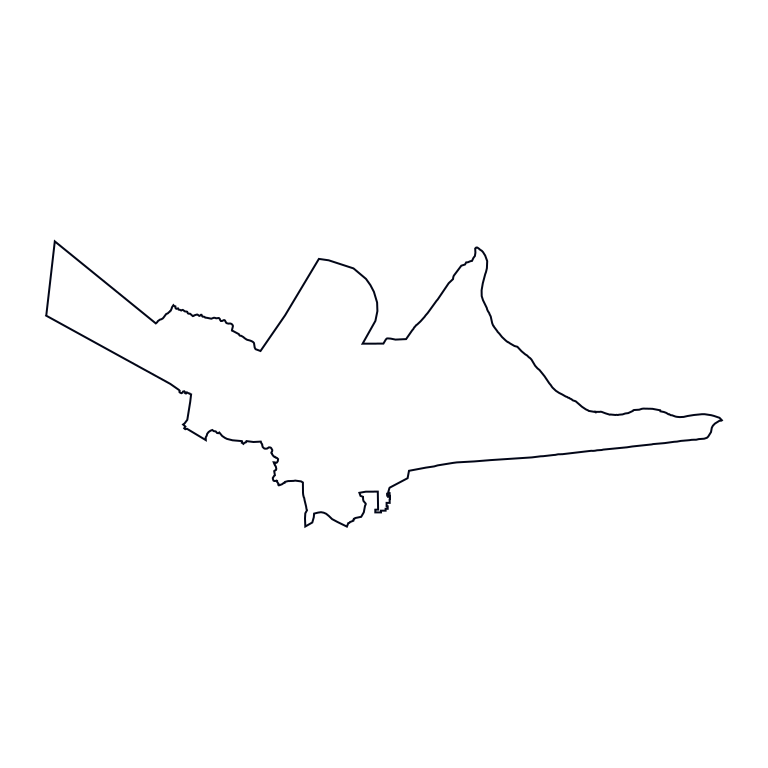 Siak, Riau, Indonesia (Mercator projection)
{"feature_id": "22746128B48036345674071", "entity_name": "Siak", "entity_type": "district", "adm_level": 2, "iso_a3": "IDN", "parent_name": "Indonesia", "parent_adm1": "Riau", "projection": "mercator", "projection_center": [101.837, 0.828], "detail": "fine", "context": "isolated", "style": "outline", "palette": "ink", "viewbox_px": 768, "rotation_deg": 0, "n_neighbors": 0, "source": "geoboundaries", "source_scale": "gbopen_adm2", "svg_char_len": 6123}
<svg xmlns="http://www.w3.org/2000/svg" viewBox="0 0 768 768"><path d="M54.8,241.4L46.3,315.2L46.1,315.6L170.3,383.9L178.9,389.9L179.7,390.8L179.4,391.9L179.9,392.5L181.3,393.2L182.6,392.6L182.9,391.7L183.1,391.5L184.3,391.3L185.2,392.4L185.1,393.1L185.5,393.4L186.1,393.4L186.3,392.7L186.5,392.4L187.0,392.4L188.5,393.3L189.7,393.5L190.2,394.2L191.1,394.4L190.2,401.9L187.3,419.8L184.6,423.4L183.1,424.5L185.4,426.6L184.2,428.3L185.3,429.2L187.0,428.8L205.8,440.1L205.7,437.4L206.7,435.7L207.2,433.8L208.6,432.0L210.5,430.7L212.3,430.0L213.7,431.1L215.7,431.4L217.1,433.0L218.3,433.2L219.3,432.5L222.2,436.0L225.0,437.9L227.0,438.9L232.6,440.3L241.9,441.1L242.1,441.5L241.8,442.7L242.3,442.9L243.4,443.9L244.4,442.8L245.8,442.4L246.2,442.0L246.2,441.4L246.5,441.1L253.5,442.0L260.8,441.6L261.3,443.1L262.2,444.4L262.2,445.1L262.7,447.0L264.0,448.3L265.0,448.7L266.9,448.6L267.4,448.4L268.8,447.4L269.7,447.4L270.6,447.6L271.2,448.1L272.3,450.1L272.1,451.3L271.4,452.4L271.3,452.9L272.0,453.6L272.1,454.3L273.6,456.3L274.0,456.4L274.5,457.0L275.0,456.9L275.3,457.2L275.6,457.2L276.0,457.8L277.0,458.0L278.1,459.1L277.8,461.1L277.0,462.4L276.3,462.8L275.8,462.9L275.0,462.4L273.7,462.3L274.4,464.1L274.9,464.7L274.9,465.3L275.8,466.4L276.3,468.9L276.0,469.9L275.5,470.0L274.9,470.7L274.2,471.1L274.9,475.3L274.1,475.9L272.8,478.0L272.9,478.9L273.4,480.5L273.8,480.8L274.5,481.0L276.0,480.9L276.5,480.6L277.1,480.9L277.1,481.9L278.5,483.8L278.6,484.4L278.3,484.8L278.7,485.3L279.5,485.2L282.1,484.2L283.8,482.9L284.0,483.0L284.7,482.8L285.0,481.9L288.0,481.1L293.5,480.9L295.2,480.6L301.1,481.4L302.9,482.5L303.0,492.8L303.2,494.8L303.7,497.0L304.2,498.0L304.6,500.3L306.1,506.5L306.5,509.1L307.0,510.2L305.3,513.3L305.0,518.4L305.3,526.5L312.3,522.5L313.8,517.2L314.1,513.6L318.1,512.6L321.0,512.2L323.7,512.7L326.2,513.8L329.0,516.1L332.1,519.1L337.5,522.0L346.9,526.6L348.3,523.1L349.0,523.0L349.6,522.6L349.9,522.1L353.2,520.8L353.1,520.4L353.5,520.3L353.9,519.4L353.9,518.9L354.4,518.9L354.8,518.3L355.4,518.0L361.2,516.8L363.8,512.3L365.0,505.9L365.7,504.4L365.7,503.6L363.5,501.0L363.1,499.4L363.0,496.8L360.5,495.9L359.4,492.8L365.7,491.7L377.8,491.6L378.1,509.6L375.3,509.7L375.3,512.4L381.0,512.4L380.9,510.7L385.6,510.7L385.6,508.8L387.7,508.8L387.7,506.8L387.3,507.0L387.1,506.1L386.6,506.1L386.6,502.9L389.7,502.9L389.6,499.4L390.0,499.3L390.0,495.7L388.5,495.7L388.5,496.8L388.1,496.8L388.1,495.6L387.6,495.6L387.6,495.1L387.3,495.2L387.4,494.4L387.1,494.4L387.1,493.7L389.6,493.6L389.6,493.1L388.7,493.1L388.7,492.8L388.1,492.8L389.4,488.1L389.8,487.6L407.6,478.2L409.0,470.8L426.0,467.6L434.2,466.4L437.6,465.4L453.0,462.9L456.8,462.4L474.6,461.4L490.6,460.1L531.9,457.4L540.7,456.3L543.1,456.2L553.6,455.0L555.2,454.9L558.0,454.3L562.3,454.2L591.2,450.8L593.0,450.9L595.1,450.7L597.1,450.3L601.7,450.0L603.3,449.6L627.0,447.3L632.1,446.5L651.9,444.4L652.9,444.1L664.6,443.1L674.1,441.8L677.0,441.6L680.9,440.9L689.2,440.2L691.9,439.8L696.3,439.7L698.8,439.1L704.2,438.7L706.9,437.8L708.2,436.6L711.0,432.1L711.8,427.8L712.3,426.8L712.9,425.7L714.9,423.6L719.4,420.8L721.5,420.6L721.9,420.3L719.5,417.8L713.9,415.9L711.2,415.2L704.6,414.2L702.0,414.2L693.9,415.0L687.6,416.0L683.7,416.9L679.8,417.1L676.7,416.8L675.3,416.5L672.1,415.3L670.8,415.2L669.1,414.2L668.5,414.3L666.3,412.9L663.9,412.0L660.4,411.3L660.2,410.3L652.3,408.8L643.4,408.6L641.9,408.8L639.2,409.7L634.3,410.0L633.4,410.2L632.9,410.9L628.2,413.1L625.2,413.5L622.6,414.4L619.0,414.7L617.9,415.0L616.4,414.8L615.6,415.0L610.5,414.5L609.9,414.7L605.4,413.3L601.7,411.9L600.6,411.7L599.7,411.9L596.4,411.9L595.9,412.4L595.2,412.2L595.8,412.1L595.9,411.9L595.6,411.7L594.8,411.6L594.6,411.9L588.7,410.9L588.1,410.4L585.9,409.4L581.9,406.7L575.7,401.3L572.7,400.3L571.6,399.3L569.5,398.3L569.2,397.9L568.1,397.7L567.2,397.0L565.7,396.5L562.3,394.5L559.1,392.9L555.9,390.8L552.6,387.7L551.5,386.3L551.2,385.6L549.2,383.2L544.5,376.2L539.5,370.0L537.5,368.4L535.1,365.7L531.5,359.6L530.1,358.1L528.9,357.3L527.0,355.4L525.3,354.4L521.5,351.2L517.4,346.8L514.5,346.0L510.0,343.4L508.2,342.1L507.7,342.1L505.7,340.5L502.0,337.0L499.4,333.7L497.5,331.7L497.3,331.2L494.0,326.8L493.8,326.2L493.2,325.7L492.2,323.2L490.7,316.4L489.6,314.3L489.2,313.1L487.9,311.1L487.1,309.3L486.8,308.0L483.0,300.2L481.7,296.1L481.6,290.3L482.8,283.3L485.2,274.2L486.0,272.0L486.9,268.2L487.2,261.1L485.2,255.6L483.0,252.1L481.8,250.8L479.6,249.4L479.4,249.0L477.4,247.6L476.7,247.5L476.0,247.7L475.8,248.2L475.4,248.3L475.2,248.5L475.4,252.8L475.0,255.3L474.9,256.0L473.5,257.8L472.0,260.9L470.4,261.2L467.8,262.3L466.2,262.4L465.0,264.5L461.3,265.7L453.8,275.7L453.3,277.1L453.0,279.1L448.7,283.2L437.6,299.6L436.6,300.7L427.7,313.0L425.5,315.5L424.7,316.7L420.5,321.4L417.2,324.5L415.8,325.5L415.3,326.4L414.3,327.3L413.2,329.2L412.2,330.3L406.1,339.1L395.5,339.6L390.6,338.6L387.7,338.4L386.9,338.5L385.9,339.4L383.4,343.6L362.6,343.7L375.4,320.9L377.4,311.1L377.1,302.5L373.9,291.8L370.4,285.1L366.0,278.9L353.5,268.4L328.7,260.3L318.9,258.9L285.1,315.3L260.5,351.0L255.6,349.2L254.7,347.6L254.0,343.1L253.3,342.2L251.7,341.2L249.9,340.5L247.2,339.8L246.4,339.4L244.5,338.1L243.4,337.1L241.2,335.8L240.0,335.7L239.6,335.4L239.3,335.1L239.0,334.3L238.4,333.9L232.8,330.9L232.2,330.8L231.9,330.3L232.9,326.3L232.8,325.4L232.2,324.6L231.5,323.9L230.2,323.5L228.3,323.6L226.8,323.2L226.2,322.8L225.0,320.6L224.6,320.2L223.9,320.1L222.0,321.0L220.9,321.0L220.1,319.9L219.7,318.8L218.8,318.0L216.2,318.3L214.7,317.8L213.7,317.8L211.3,318.7L206.9,317.8L205.2,317.6L204.9,317.2L203.9,316.7L202.7,316.7L202.3,316.4L201.5,314.8L200.9,314.8L200.1,315.6L199.3,315.9L197.5,314.6L196.7,314.6L194.1,315.4L193.7,315.9L192.8,316.1L190.2,313.8L188.3,313.6L187.8,313.2L187.2,311.8L186.7,311.6L184.9,311.4L182.8,309.9L182.1,310.0L181.2,310.5L179.8,309.8L178.6,309.6L178.0,308.4L176.3,308.8L175.4,307.8L175.4,306.4L174.0,305.9L173.4,305.2L171.9,307.4L171.8,308.2L170.7,310.7L170.2,310.9L169.7,311.7L168.7,312.4L168.0,313.2L166.1,314.1L163.6,317.5L162.7,318.5L161.2,319.3L160.0,319.6L157.9,321.1L157.1,322.3L155.8,323.4L54.8,241.4Z" fill="none" stroke="#020617" stroke-width="2"/></svg>